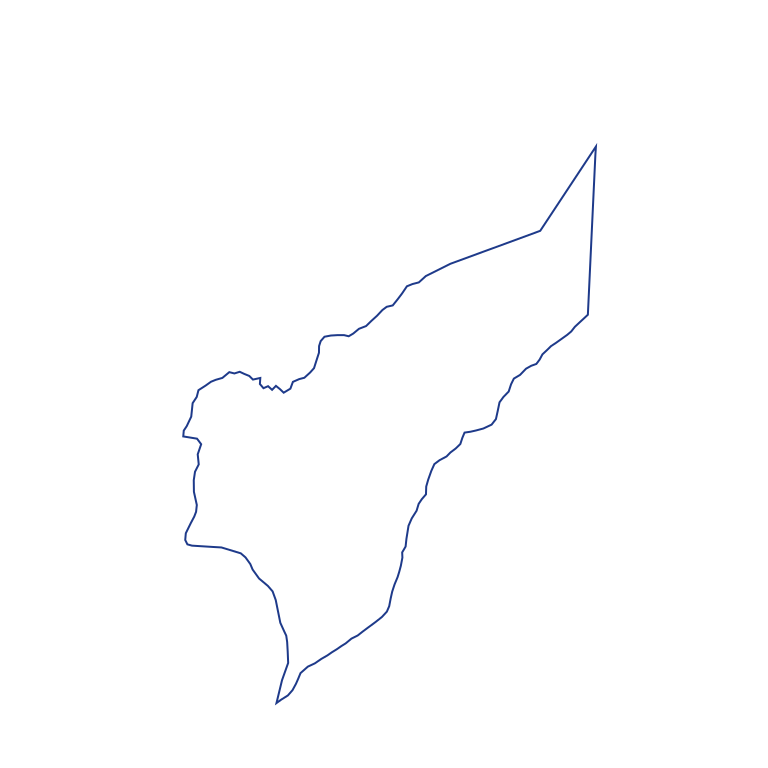 Piranhas, Alagoas, Brazil (Equal Earth projection), rotated 38°
{"feature_id": "56859067B38301719438839", "entity_name": "Piranhas", "entity_type": "district", "adm_level": 2, "iso_a3": "BRA", "parent_name": "Brazil", "parent_adm1": "Alagoas", "projection": "equal_earth", "projection_center": [-37.725, -9.506], "detail": "fine", "context": "isolated", "style": "outline", "palette": "blue", "viewbox_px": 768, "rotation_deg": 38, "n_neighbors": 0, "source": "geoboundaries", "source_scale": "gbopen_adm2", "svg_char_len": 2214}
<svg xmlns="http://www.w3.org/2000/svg" viewBox="0 0 768 768"><g transform="rotate(38 384 384)"><path d="M404.8,66.4L412.8,167.1L385.5,211.1L381.0,218.3L362.3,248.4L350.5,273.2L348.9,282.5L344.9,287.7L341.9,292.9L342.5,301.6L342.6,308.8L342.5,316.7L338.6,321.5L337.2,326.7L336.5,334.5L335.2,342.1L334.2,349.4L330.3,355.9L328.7,363.2L326.8,368.1L322.4,370.1L317.4,374.0L312.3,378.5L308.0,383.4L307.7,389.2L309.5,394.1L313.5,399.4L316.1,406.5L319.1,414.6L318.7,420.5L317.4,428.1L314.2,432.3L310.9,438.4L313.1,445.3L310.3,452.6L305.1,452.1L300.0,452.0L299.4,457.5L294.0,457.1L291.6,461.5L286.2,460.4L282.8,455.4L278.0,461.2L272.9,460.6L267.6,462.1L262.8,463.2L259.6,467.8L254.8,469.9L252.9,478.7L248.9,484.2L246.3,488.7L244.4,495.1L241.6,503.1L244.4,509.5L245.0,516.9L252.2,528.4L254.5,538.7L254.9,544.0L258.1,548.9L270.3,542.2L277.0,544.0L280.5,554.1L287.5,561.4L289.1,569.5L293.3,576.9L300.6,586.0L311.0,594.6L314.6,600.4L316.1,605.3L317.4,612.6L319.7,623.6L323.4,629.3L327.8,631.4L332.2,629.6L350.3,617.2L356.5,612.9L375.4,605.6L381.6,605.9L389.5,608.2L394.7,611.1L405.3,614.2L416.8,614.6L423.9,616.0L431.7,620.9L449.3,636.0L458.1,640.6L461.9,642.5L466.5,646.9L472.9,654.2L480.2,662.8L486.0,680.2L495.7,701.6L497.3,696.1L500.0,688.6L500.4,681.6L499.2,674.4L497.8,668.9L496.2,663.2L498.0,653.6L501.5,646.7L503.9,639.1L506.5,632.7L508.1,627.5L510.1,622.1L511.7,616.9L513.5,612.0L515.1,604.7L518.1,598.4L519.6,592.3L521.5,585.3L523.9,576.7L525.8,568.8L526.4,561.6L524.9,555.9L521.3,548.9L518.3,542.6L515.7,535.4L513.6,527.8L511.7,522.8L509.2,516.9L505.4,509.5L502.0,505.5L501.1,498.8L497.0,492.2L493.3,485.5L490.6,480.6L488.6,472.8L487.7,463.8L485.1,457.1L484.7,451.5L485.0,445.1L480.4,438.8L477.7,432.1L474.8,423.4L473.0,416.1L474.7,409.8L477.9,402.6L478.5,397.1L480.2,390.7L481.1,384.3L478.9,378.2L477.4,372.7L481.5,368.4L485.1,364.0L489.7,357.9L493.8,349.8L493.8,342.7L490.2,335.2L486.3,327.3L486.1,320.6L486.9,313.2L484.3,306.0L483.0,299.8L485.6,293.1L486.5,284.5L488.8,279.0L491.7,274.4L491.6,268.9L490.6,263.1L491.6,256.7L492.3,251.3L494.2,245.7L495.8,240.3L498.1,232.5L499.2,227.3L499.2,221.4L500.2,215.1L501.1,209.6L502.0,203.9L409.5,73.3L404.8,66.4Z" fill="none" stroke="#1e3a8a" stroke-width="2"/></g></svg>